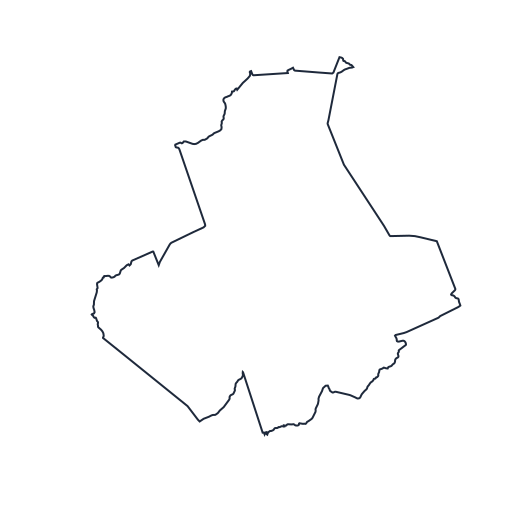 the Department of Santa Cruz, rotated 249°
{"feature_id": "BOL-1940", "entity_name": "Santa Cruz", "entity_type": "Department", "adm_level": 1, "iso_a3": "BOL", "parent_name": "Bolivia", "parent_adm1": "", "projection": "mercator", "projection_center": [-61.708, -16.97], "detail": "fine", "context": "isolated", "style": "outline", "palette": "slate", "viewbox_px": 512, "rotation_deg": 249, "n_neighbors": 0, "source": "natural_earth", "source_scale": "10m", "svg_char_len": 6019}
<svg xmlns="http://www.w3.org/2000/svg" viewBox="0 0 512 512"><g transform="rotate(249 256 256)"><path d="M411.7,405.2L410.7,406.7L410.0,407.4L408.9,407.9L407.7,407.6L407.0,407.5L406.6,407.8L406.5,408.2L406.2,408.6L405.7,408.9L405.2,409.0L404.0,409.5L402.5,411.6L400.9,412.3L400.1,413.5L399.5,413.8L397.5,414.5L397.5,413.2L398.2,410.6L398.2,409.5L398.2,407.4L398.3,406.2L398.1,404.7L397.3,401.8L397.2,400.1L397.4,398.5L397.2,397.8L396.7,397.2L357.0,372.4L354.2,370.4L353.3,370.2L309.7,370.8L238.2,386.3L227.5,388.0L226.7,388.3L226.3,388.9L220.1,406.2L217.6,411.5L214.5,416.3L205.0,430.1L153.9,430.3L153.4,430.1L153.1,429.9L152.7,429.3L151.2,425.8L150.6,424.8L150.0,424.3L149.6,424.5L149.2,424.8L148.4,426.1L147.7,426.6L147.1,426.9L145.7,427.2L145.3,427.5L144.9,427.8L144.1,429.1L143.8,429.4L143.6,429.5L143.2,429.6L142.7,429.6L140.5,429.1L137.6,429.1L136.5,429.0L135.9,426.8L133.9,406.4L133.2,404.8L133.0,404.3L131.0,369.4L131.1,366.4L132.2,358.0L131.8,357.2L128.8,357.6L127.8,357.5L126.6,357.1L126.0,357.1L125.4,357.6L124.9,358.6L124.4,362.3L124.2,363.0L123.9,363.5L123.4,364.0L122.8,364.3L122.1,364.5L121.2,364.6L120.4,364.5L119.6,364.3L119.2,363.9L119.0,363.3L118.9,362.7L116.9,355.8L116.6,355.4L115.6,355.1L115.0,354.6L114.7,354.0L114.2,353.5L113.5,353.3L112.1,353.2L111.4,353.1L110.8,352.7L110.5,352.2L110.2,350.2L109.5,349.0L108.6,348.4L107.5,347.9L106.6,347.1L106.2,346.5L105.9,345.1L105.6,344.4L104.9,343.2L104.8,342.5L104.9,340.3L104.8,339.7L104.3,339.1L103.8,338.6L104.6,337.1L105.8,335.6L106.0,335.3L106.0,335.0L105.7,334.2L105.7,333.8L105.6,333.3L105.7,331.3L105.6,330.7L105.1,330.2L104.0,329.6L103.5,329.3L102.7,328.5L102.1,327.9L101.5,327.6L100.5,327.3L100.3,327.1L100.0,326.7L99.7,326.1L99.5,325.7L99.6,324.6L99.4,324.3L98.9,323.8L98.8,323.5L99.0,322.5L99.0,322.0L98.8,321.7L98.0,321.0L97.3,319.7L96.8,317.7L96.0,316.4L95.0,315.1L94.4,313.9L94.0,313.3L93.7,313.0L93.0,312.5L92.6,312.2L92.0,311.4L91.1,309.0L89.5,306.0L88.9,305.0L86.7,302.7L86.4,302.2L86.2,301.2L86.5,299.9L87.2,299.0L88.2,298.2L92.2,294.2L93.1,293.0L100.7,281.8L101.0,280.8L100.9,279.6L100.9,279.2L101.1,278.6L101.5,278.2L103.3,277.0L103.8,276.8L104.3,276.8L105.2,276.9L105.7,276.8L106.7,276.6L107.1,276.6L107.6,276.7L109.3,276.6L109.6,275.6L109.9,274.7L109.7,273.8L109.3,273.0L108.9,271.7L108.6,271.3L108.4,271.0L106.2,269.2L102.1,264.5L100.5,263.3L100.1,263.1L98.8,262.7L96.0,261.0L95.3,260.4L92.3,257.2L91.9,256.9L91.4,256.6L90.3,256.3L89.2,255.7L84.7,250.8L84.0,249.6L83.0,245.7L82.9,244.7L82.8,244.3L82.5,243.8L81.8,242.9L81.6,242.4L81.6,241.8L82.2,240.9L82.4,239.8L84.1,236.9L84.3,236.6L84.1,236.1L83.3,235.7L83.0,235.4L82.8,234.6L82.9,233.8L83.2,233.1L83.6,232.3L84.1,231.8L85.2,231.1L85.6,230.6L85.9,229.1L87.5,225.5L87.5,224.8L87.4,224.4L87.0,223.7L86.9,223.3L87.0,222.9L87.8,221.5L86.7,221.4L86.8,220.8L87.8,219.4L87.9,218.5L87.8,217.6L87.8,216.7L88.2,215.7L87.8,214.7L87.9,213.8L88.3,212.9L88.5,212.2L88.3,211.4L87.4,210.1L87.2,209.1L87.2,207.4L87.3,207.1L87.4,206.8L87.6,206.5L87.5,205.9L87.2,204.8L86.7,203.9L86.0,203.1L85.2,202.5L85.9,202.0L86.5,201.9L87.2,202.2L87.8,202.5L87.9,201.7L87.6,201.1L86.5,200.1L87.8,200.1L88.4,200.0L88.7,198.9L151.3,202.2L152.2,202.2L152.4,202.1L151.4,201.6L149.7,201.2L149.2,200.9L148.7,200.6L147.5,199.2L147.0,198.6L146.8,197.6L146.7,196.9L146.6,195.7L146.5,195.2L146.3,194.7L145.3,193.4L144.7,192.2L144.2,191.5L143.8,191.1L141.9,190.2L141.4,189.9L140.0,188.7L139.5,188.4L138.9,188.4L138.4,188.3L137.8,187.9L135.6,185.6L135.3,184.9L135.1,182.5L134.8,181.9L134.2,181.1L133.6,180.7L132.4,180.3L131.9,179.9L131.5,179.5L126.5,171.7L124.7,166.8L123.2,164.4L122.9,163.6L122.3,161.2L122.6,160.0L122.9,159.3L123.1,158.4L123.1,157.0L122.8,154.5L122.8,148.8L121.7,144.1L124.0,143.1L140.4,138.3L208.9,98.6L234.3,83.8L234.6,83.9L235.8,85.1L236.3,85.3L238.6,85.8L240.7,85.6L242.8,84.9L246.0,83.2L246.7,83.2L247.4,83.5L249.1,83.8L250.1,84.5L250.7,84.7L251.2,84.7L252.3,84.3L255.4,84.4L255.9,84.2L256.1,83.2L256.9,82.7L258.9,82.4L259.1,82.2L259.6,81.9L260.3,81.7L260.5,82.2L260.5,84.2L261.4,85.2L263.5,85.6L265.9,85.7L267.4,86.1L268.3,86.9L268.6,87.2L271.9,88.6L279.0,94.2L280.6,95.1L281.7,95.3L282.0,95.4L282.2,95.7L282.5,96.2L282.7,96.5L283.1,96.7L286.7,97.5L287.6,98.0L287.9,99.0L288.0,100.3L288.3,101.6L288.7,102.9L289.2,103.9L289.6,104.3L290.6,105.2L290.7,105.5L290.5,106.0L290.7,106.3L291.5,106.7L291.6,107.1L291.6,107.4L291.2,108.3L290.6,110.6L290.1,111.7L289.2,112.4L288.1,112.8L287.8,113.0L287.5,113.7L287.3,114.8L287.3,115.9L287.4,116.6L288.0,117.7L288.1,118.9L287.9,120.2L287.9,121.6L288.4,122.5L291.0,124.6L291.4,125.4L292.1,128.5L293.7,132.0L293.9,134.0L292.5,134.5L293.2,136.1L295.6,137.8L296.1,138.8L297.2,161.1L296.9,161.7L282.3,161.9L284.9,164.1L297.6,179.5L298.3,180.6L298.7,181.8L300.8,206.4L301.5,217.3L302.4,219.4L303.8,219.8L383.0,222.7L384.0,222.6L385.0,222.1L385.3,221.6L386.0,220.4L386.4,220.1L388.4,220.2L388.9,220.6L389.1,225.4L388.9,226.1L387.8,227.1L387.8,227.9L388.8,229.7L388.1,231.5L383.4,237.0L382.6,238.5L382.2,240.2L382.4,242.3L383.4,246.1L383.5,248.0L383.4,248.3L383.0,249.2L382.9,249.7L382.9,250.3L383.3,252.7L384.2,254.2L384.5,255.1L384.8,258.6L385.0,259.4L385.5,260.3L385.7,261.3L385.8,265.8L386.1,267.7L386.9,269.2L388.7,270.1L390.2,270.3L390.7,270.5L391.1,270.8L392.0,271.5L392.5,271.8L393.6,272.0L394.0,272.3L394.6,273.0L395.3,274.6L396.1,275.2L397.8,275.6L398.4,276.0L399.7,277.4L400.2,277.8L401.9,278.6L402.5,278.9L404.5,280.6L405.9,281.2L407.7,281.6L409.5,281.8L410.9,281.4L412.0,281.2L412.8,281.3L413.8,281.7L414.5,282.4L415.0,283.5L415.1,284.8L415.0,285.9L415.1,286.7L415.1,288.7L415.2,289.6L415.6,290.5L416.1,291.1L416.7,291.7L417.4,292.2L418.1,292.5L417.7,294.1L417.9,294.7L418.7,295.7L419.4,297.0L419.3,297.9L417.9,298.0L422.3,305.7L424.7,311.8L426.4,314.9L428.3,316.0L429.2,316.0L430.0,316.1L430.4,316.6L430.4,317.7L427.1,317.7L426.2,317.9L425.6,318.5L415.4,351.3L417.3,351.5L417.8,351.9L418.0,352.9L418.2,355.8L418.5,358.0L415.9,358.2L415.1,358.8L404.5,381.0L399.1,392.5L399.5,394.0L411.7,405.2Z" fill="none" stroke="#1e293b" stroke-width="2"/></g></svg>